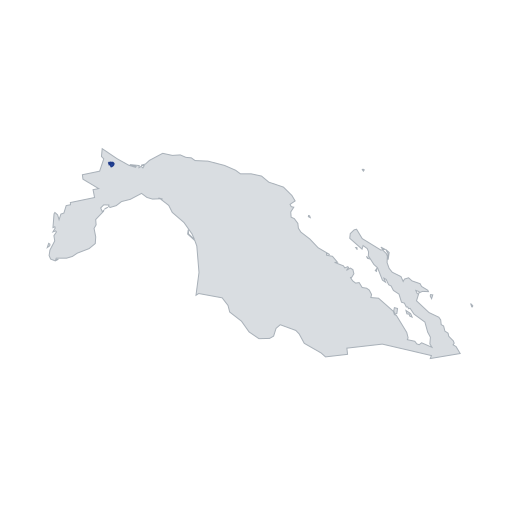 location of Angel Albino Corzo, Chiapas, Mexico, rotated 169°
{"feature_id": "50627088B21044766508397", "entity_name": "Angel Albino Corzo", "entity_type": "district", "adm_level": 2, "iso_a3": "MEX", "parent_name": "Mexico", "parent_adm1": "Chiapas", "projection": "albers", "projection_center": [-92.692, 15.759], "detail": "fine", "context": "in_parent", "style": "filled", "palette": "blue", "viewbox_px": 512, "rotation_deg": 169, "n_neighbors": 0, "source": "geoboundaries", "source_scale": "gbopen_adm2", "svg_char_len": 5114}
<svg xmlns="http://www.w3.org/2000/svg" viewBox="0 0 512 512"><g transform="rotate(169 256 256)"><path d="M74.2,121.3L104.5,122.1L102.8,124.8L148.8,145.4L184.4,148.2L184.9,142.0L207.0,143.7L210.5,148.3L225.3,161.1L228.5,171.3L231.1,175.3L245.3,183.9L250.1,181.2L254.0,174.0L258.4,172.5L268.9,174.3L277.3,182.8L282.7,194.8L292.5,206.0L292.9,212.8L297.2,221.4L319.4,230.1L322.4,228.9L315.1,250.7L312.2,277.1L313.1,282.8L318.9,290.6L317.5,294.7L318.0,290.5L313.2,283.9L314.6,289.9L320.3,302.6L329.9,314.8L332.0,322.3L338.7,330.0L336.8,329.8L340.7,331.6L339.5,330.5L346.7,331.6L351.9,334.3L356.4,339.3L368.6,335.6L377.6,335.1L383.6,332.1L389.9,331.5L391.2,332.6L390.7,334.2L395.8,335.2L399.3,332.8L398.4,328.9L396.7,329.9L397.1,329.0L406.4,322.4L407.0,317.1L409.7,314.0L409.7,305.3L411.4,298.9L418.4,295.1L430.9,292.9L436.3,290.6L442.4,290.0L452.5,292.0L453.3,290.6L450.6,290.5L454.0,289.5L458.2,292.2L459.0,296.0L457.1,301.2L450.7,309.2L450.5,314.5L447.3,317.7L447.9,318.9L450.8,318.4L447.8,321.7L447.9,323.1L449.9,322.6L446.2,335.9L445.1,337.1L442.9,334.2L442.4,329.2L439.5,334.4L436.4,334.8L432.7,341.7L428.3,341.7L428.0,343.9L403.3,344.2L403.3,352.2L397.6,352.2L411.2,364.4L410.9,368.9L393.3,369.1L386.9,380.4L388.7,383.2L386.5,390.7L373.7,377.9L363.5,369.3L357.3,366.0L356.6,366.8L362.4,369.8L353.4,367.1L354.0,365.0L351.6,365.9L350.2,364.0L348.5,366.0L351.5,367.0L346.9,367.4L342.4,370.2L328.0,374.6L318.9,370.7L311.1,369.7L306.0,366.2L300.8,364.7L297.6,361.3L285.1,358.3L269.6,350.9L259.7,344.1L255.6,339.6L245.1,337.6L235.3,333.4L229.3,326.0L215.9,318.4L209.2,308.5L207.1,302.6L212.7,300.2L212.0,297.7L209.6,296.7L213.5,292.6L214.1,287.4L211.3,285.4L208.7,280.0L209.1,275.2L207.4,270.9L199.9,262.4L193.5,252.3L183.3,243.3L186.3,245.1L186.6,243.3L181.0,241.1L177.2,234.3L180.1,234.7L172.1,229.7L171.1,227.4L167.9,228.0L167.4,226.9L170.0,224.6L165.8,226.2L163.5,224.2L163.3,219.9L166.6,216.3L167.6,217.1L165.8,213.1L163.4,210.4L159.8,210.2L157.8,204.8L153.6,203.3L151.3,200.9L149.9,196.1L151.2,193.3L143.8,191.2L131.8,175.6L131.3,172.1L129.5,170.8L122.6,152.2L122.3,146.7L123.4,145.0L116.4,142.0L114.9,139.0L112.7,137.8L110.0,139.2L100.7,132.8L102.1,136.5L100.3,143.0L102.0,148.5L102.8,158.9L112.0,168.8L114.7,175.2L116.2,175.1L116.8,177.0L118.2,177.3L119.3,181.4L122.0,182.9L122.9,191.3L127.7,196.0L129.1,200.8L131.3,202.5L132.7,208.2L134.6,209.8L133.8,205.5L136.5,208.2L138.9,221.2L141.9,225.2L145.7,234.8L144.7,238.6L145.4,242.1L148.9,245.8L150.6,242.5L160.6,255.5L159.2,260.0L154.7,262.9L152.2,263.1L148.4,252.8L132.3,238.0L130.7,238.0L127.6,233.5L127.1,230.7L128.6,224.5L127.7,218.5L125.4,214.1L117.6,208.1L116.4,202.9L114.7,205.0L110.4,205.5L107.6,201.8L100.2,197.5L99.3,194.5L93.9,189.6L93.5,188.1L99.4,189.5L103.0,188.7L102.8,190.0L105.7,191.7L104.9,188.2L103.5,187.9L107.0,181.4L97.0,167.5L88.2,161.0L86.9,158.0L87.3,153.3L85.2,151.5L84.9,146.2L82.2,143.6L82.1,140.4L78.5,135.0L78.1,132.6L79.5,131.2L76.9,128.9L74.2,121.3ZM131.3,175.7L130.0,178.9L127.1,177.5L128.7,172.7L130.5,172.4L131.3,175.7ZM119.2,173.9L115.2,170.0L114.4,166.2L116.5,167.6L116.8,169.7L118.9,170.4L119.2,173.9ZM457.1,308.0L456.0,306.9L456.5,305.4L459.3,304.1L457.1,308.0ZM127.4,237.7L124.6,234.0L127.0,227.2L126.0,233.4L127.4,237.7ZM92.1,184.8L89.9,184.1L91.8,180.6L92.6,183.4L92.1,184.8ZM54.4,168.4L52.7,165.8L53.2,164.8L53.9,164.9L54.4,168.4ZM130.0,238.0L131.7,240.9L128.0,237.9L130.0,238.0ZM197.1,284.6L196.7,285.7L195.7,285.2L195.4,283.3L197.1,284.6ZM147.0,232.4L147.6,234.6L145.7,231.8L147.0,232.4ZM140.6,217.9L141.7,218.9L139.8,220.7L140.6,217.9ZM135.2,320.6L134.4,320.8L133.3,319.9L134.4,318.8L135.2,320.6ZM394.2,331.6L392.0,332.1L395.8,330.9L394.2,331.6ZM156.5,245.3L155.4,245.0L155.4,242.9L156.5,245.3Z" fill="#d9dde1" stroke="#a8b0b8" stroke-width="1"/><path d="M381.3,372.1L381.2,371.7L381.0,371.8L380.8,371.5L380.8,371.4L380.7,371.3L380.4,371.4L380.4,371.5L380.2,371.5L379.9,371.7L379.8,371.8L379.7,371.8L379.7,372.0L379.4,372.1L379.2,372.1L378.8,372.3L378.6,372.5L379.0,372.6L378.7,372.9L378.5,373.1L378.4,373.2L378.4,373.3L378.4,373.5L378.5,373.6L378.6,373.8L378.7,374.0L378.5,373.9L378.5,374.0L378.3,374.1L378.5,374.2L378.4,374.7L378.4,374.8L378.5,374.9L378.6,375.0L378.8,375.0L379.0,375.2L379.2,375.3L379.3,375.3L379.3,374.9L379.2,374.8L379.3,374.8L379.5,374.8L379.5,374.7L379.8,374.7L380.0,374.2L380.2,374.4L380.3,374.4L380.4,374.2L380.5,374.0L380.6,373.9L380.7,374.0L380.7,373.9L380.8,373.9L381.0,373.9L381.4,373.7L381.5,373.7L381.8,373.6L381.9,373.8L381.8,374.0L381.8,374.4L381.8,374.5L381.7,374.6L381.6,374.8L381.6,375.0L381.4,375.1L381.3,375.3L381.2,375.3L380.9,375.4L380.8,375.5L380.6,375.6L380.8,375.7L381.0,375.5L381.0,375.4L381.3,375.4L381.5,375.4L381.6,375.5L382.0,375.5L382.3,375.8L382.4,375.7L382.5,375.6L382.6,375.4L382.8,375.4L382.8,375.2L382.7,375.0L382.5,374.8L382.5,374.7L382.4,374.6L382.6,374.6L382.7,374.4L382.9,374.4L383.0,374.4L382.6,374.3L382.6,373.8L382.7,373.7L382.6,373.8L382.6,373.7L382.4,373.7L382.2,373.6L381.9,373.4L381.9,373.2L381.9,373.3L381.6,373.5L381.5,373.4L381.4,373.3L381.4,373.2L381.3,372.9L381.4,372.7L381.3,372.1Z" fill="#3b82f6" stroke="#1e3a8a" stroke-width="1.5"/></g></svg>